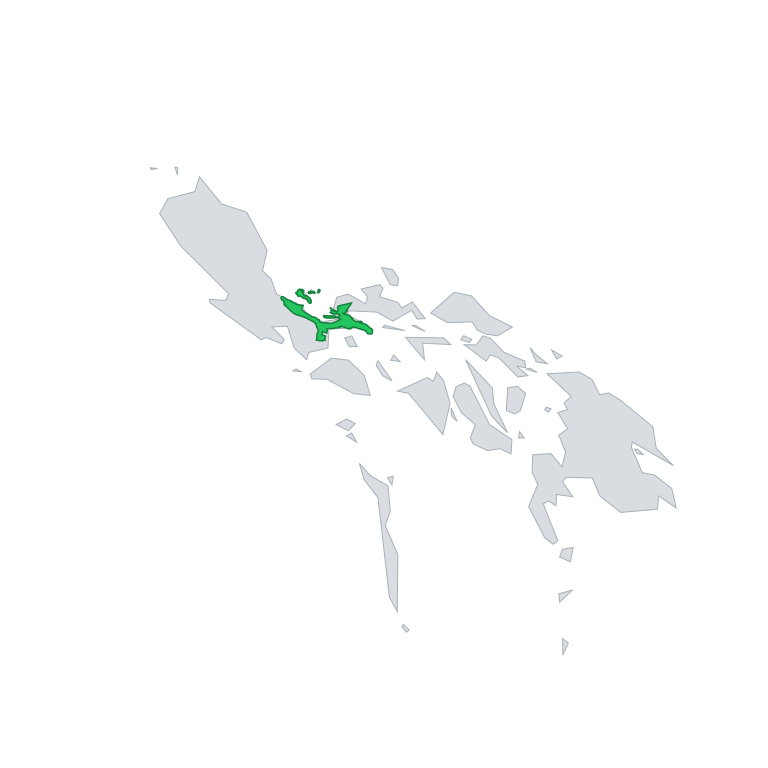 location of Quezon within Philippines, rotated 315°
{"feature_id": "PHL-2572", "entity_name": "Quezon", "entity_type": "Province", "adm_level": 1, "iso_a3": "PHL", "parent_name": "Philippines", "parent_adm1": "", "projection": "equal_earth", "projection_center": [122.011, 14.191], "detail": "fine", "context": "in_parent", "style": "filled", "palette": "green", "viewbox_px": 768, "rotation_deg": 315, "n_neighbors": 0, "source": "natural_earth", "source_scale": "10m", "svg_char_len": 8761}
<svg xmlns="http://www.w3.org/2000/svg" viewBox="0 0 768 768"><g transform="rotate(315 384 384)"><path d="M362.2,100.2L386.4,114.2L400.1,107.0L396.4,141.8L408.4,165.5L395.8,206.9L378.1,218.0L378.5,229.6L371.5,244.8L381.4,270.8L379.2,277.7L383.7,295.9L398.4,306.5L398.0,296.8L412.0,289.3L422.2,295.1L427.7,314.4L434.1,310.6L434.9,300.6L451.2,310.6L450.9,315.7L442.5,319.1L451.4,335.8L450.3,342.8L462.1,346.1L459.4,366.9L453.4,361.5L455.7,351.4L434.7,345.8L429.8,328.1L411.0,307.5L406.8,308.4L413.4,330.2L411.2,339.1L403.8,324.6L384.1,306.1L369.8,318.9L353.2,308.5L346.5,312.0L345.9,295.1L356.6,274.8L344.9,264.4L345.0,282.0L340.1,283.3L333.9,268.3L328.4,265.7L318.4,203.8L320.4,200.6L331.1,212.9L338.0,210.2L337.8,143.0L345.8,104.9L362.2,100.2ZM506.5,492.1L530.6,513.6L534.3,528.1L528.9,544.0L536.4,549.0L539.6,561.6L543.8,604.4L530.9,622.1L530.9,646.4L518.6,600.5L514.1,603.7L503.9,629.4L510.9,639.4L513.6,661.3L502.9,678.3L499.0,657.2L488.9,665.9L460.6,642.2L457.5,615.7L464.8,597.7L446.8,578.8L441.1,579.3L437.7,597.2L427.9,584.1L419.4,591.7L417.7,583.1L411.9,581.3L396.1,617.7L390.2,616.9L388.9,606.5L399.5,573.1L421.7,563.7L426.3,551.2L439.1,539.2L452.8,551.3L451.2,568.5L464.4,560.4L471.3,543.8L482.1,545.5L486.7,527.2L495.7,531.8L498.0,524.7L507.6,525.3L506.5,492.1ZM435.2,513.7L424.4,523.3L420.2,511.6L410.1,504.4L404.7,489.2L407.0,483.0L419.8,477.4L418.5,458.8L424.0,441.7L433.0,436.9L441.4,440.1L443.3,446.4L429.9,487.3L435.2,513.7ZM498.4,368.7L508.2,383.6L506.9,410.2L515.1,434.5L498.4,430.2L491.8,421.5L487.9,411.8L490.4,402.6L472.2,385.4L467.2,366.8L498.4,368.7ZM388.6,398.6L419.1,410.1L421.0,417.0L429.7,412.8L428.5,423.9L416.9,444.5L389.9,461.4L394.8,408.0L388.6,398.6ZM273.1,514.5L232.5,554.2L237.0,538.7L299.4,460.0L302.2,437.8L310.5,422.7L309.5,438.8L314.8,458.9L298.3,478.5L284.7,485.0L273.1,514.5ZM338.7,324.8L365.1,328.5L375.7,341.9L376.2,363.8L366.2,382.4L355.8,369.4L346.9,340.2L336.6,329.4L338.7,324.8ZM476.6,421.4L488.3,420.1L491.6,427.2L491.2,446.2L499.7,467.5L495.6,472.8L490.4,464.9L491.7,479.8L483.6,473.8L483.7,446.4L479.6,438.4L472.4,440.1L468.5,412.8L476.6,421.4ZM436.9,505.8L437.4,482.7L458.9,424.5L457.8,463.4L447.8,475.5L436.9,505.8ZM477.4,490.8L461.8,499.2L455.6,498.0L451.7,489.4L468.8,474.1L476.8,480.1L477.4,490.8ZM432.2,366.2L458.8,393.6L459.0,403.2L440.1,382.5L429.7,395.5L432.2,366.2ZM469.0,319.7L463.1,324.1L458.6,318.3L464.6,299.9L471.0,309.1L469.0,319.7ZM402.2,633.3L390.0,641.6L385.8,630.5L393.3,627.1L402.2,633.3ZM321.6,378.8L332.9,382.4L335.7,391.6L325.7,391.8L321.6,378.8ZM388.6,323.7L395.2,327.2L391.6,338.6L385.8,333.1L388.6,323.7ZM359.4,656.0L371.8,663.0L354.0,662.4L359.4,656.0ZM513.8,485.1L507.3,476.0L512.9,461.6L512.3,470.3L513.8,485.1ZM396.2,363.1L391.9,387.5L388.9,377.4L391.5,365.5L396.2,363.1ZM330.3,690.3L331.1,697.6L318.8,702.1L330.3,690.3ZM392.5,258.9L392.1,269.8L389.2,274.3L386.2,257.5L392.5,258.9ZM414.6,448.2L409.2,462.3L409.2,454.2L414.6,448.2ZM326.5,395.8L323.5,405.9L320.7,394.2L326.5,395.8ZM477.7,414.7L473.6,415.0L469.5,407.0L474.4,406.1L477.7,414.7ZM411.3,370.3L411.3,379.4L405.4,371.9L411.3,370.3ZM529.8,490.2L523.8,488.5L526.5,478.6L529.8,490.2ZM425.8,342.7L436.5,361.0L423.0,343.0L425.8,342.7ZM325.4,455.8L318.3,460.9L320.3,452.7L325.4,455.8ZM446.3,513.5L445.0,521.3L441.0,517.3L446.3,513.5ZM447.8,365.0L450.2,375.9L444.9,362.2L447.8,365.0ZM227.8,575.9L224.2,575.4L225.0,568.4L227.8,567.6L227.8,575.9ZM484.6,519.6L479.9,520.0L479.5,515.8L482.2,515.1L484.6,519.6ZM517.4,617.1L514.0,612.2L515.0,607.1L517.3,609.6L517.4,617.1ZM332.5,311.3L334.5,317.4L329.0,310.4L332.5,311.3ZM498.5,476.1L500.4,484.3L495.3,474.3L498.5,476.1ZM391.0,85.3L385.7,90.2L389.6,82.9L391.0,85.3ZM397.2,301.2L390.0,296.5L390.1,293.3L397.2,301.2ZM371.7,65.9L376.2,71.5L371.1,67.8L371.7,65.9Z" fill="#d9dde1" stroke="#a8b0b8" stroke-width="1"/><path d="M373.2,250.0L374.0,250.5L374.4,251.1L374.6,251.9L375.3,256.4L375.5,256.9L375.9,257.3L377.0,259.6L377.2,260.3L377.3,261.5L377.7,262.7L378.2,263.8L378.8,264.8L378.6,264.9L378.3,265.2L378.1,265.4L379.4,267.5L379.7,267.9L379.9,268.3L382.0,270.4L382.4,271.0L382.4,271.5L381.8,271.7L380.6,271.8L379.9,271.9L379.2,272.3L378.7,272.9L378.5,273.5L378.5,275.5L378.6,276.3L379.8,281.6L379.9,283.2L380.3,284.9L380.6,285.6L381.0,286.3L382.4,288.1L382.7,288.8L382.7,289.4L382.6,291.0L382.7,291.3L383.3,292.1L383.5,292.5L383.4,293.2L383.3,293.8L383.0,294.4L382.6,294.7L382.6,295.0L383.0,295.5L384.2,297.8L386.4,299.9L388.7,303.0L389.3,303.6L394.3,306.1L399.0,307.5L399.1,306.3L398.7,305.5L397.5,303.9L398.1,303.6L401.1,304.7L401.3,304.0L401.2,303.3L401.3,303.0L401.7,302.9L401.7,302.7L401.0,302.4L399.7,300.4L399.2,299.9L398.3,299.5L397.5,298.5L397.0,297.2L396.8,296.0L397.1,296.3L397.2,296.5L397.2,296.9L397.4,296.9L397.5,295.9L397.8,295.2L399.0,294.4L399.5,294.7L399.6,294.0L399.6,292.9L399.7,292.3L400.1,292.4L400.2,293.3L400.1,294.4L399.9,295.0L400.2,295.5L400.3,296.0L400.3,296.6L400.4,297.2L400.3,297.3L400.4,297.5L400.6,297.8L400.8,297.8L400.9,297.6L401.0,297.4L401.1,297.2L401.2,297.7L401.3,298.2L401.3,299.3L401.6,299.1L401.6,299.8L402.3,299.9L403.2,299.5L403.8,298.9L404.7,297.8L405.2,297.2L405.8,296.8L406.5,296.6L407.2,296.7L418.3,303.7L416.3,304.3L411.7,305.0L409.9,306.2L409.8,306.3L409.7,306.1L409.3,305.5L409.2,305.2L408.4,306.3L406.5,306.1L405.7,305.8L405.1,305.1L405.0,305.7L405.3,306.4L405.7,307.0L406.1,307.2L406.3,307.5L407.9,310.6L408.2,311.4L408.2,311.9L408.0,312.5L408.0,313.5L408.3,315.1L407.6,314.9L407.4,315.7L407.6,317.7L407.8,318.8L408.3,319.8L409.5,321.3L411.9,323.2L412.4,323.9L412.2,324.6L411.5,324.1L410.1,322.7L410.3,323.4L411.1,325.2L412.6,327.4L413.0,328.2L413.3,329.1L413.6,330.9L413.7,332.5L413.7,334.4L413.8,334.9L413.9,335.2L414.1,335.5L414.2,335.8L414.2,336.7L414.2,337.2L414.2,337.6L413.7,337.9L413.4,338.0L413.3,338.3L412.9,338.8L412.2,339.4L411.4,339.8L410.8,340.0L410.2,339.5L408.1,337.1L408.1,336.2L408.5,334.6L408.5,333.9L407.9,331.4L404.7,325.7L404.6,325.4L404.5,324.8L404.4,324.5L403.8,323.7L403.6,323.3L402.7,322.8L402.4,322.2L401.9,321.4L399.9,321.5L400.0,320.8L399.4,320.6L398.2,320.5L397.8,320.1L397.7,319.7L397.6,319.0L397.4,318.6L397.1,318.1L395.3,314.4L394.5,313.1L393.4,312.0L393.2,312.9L392.7,312.7L392.1,312.1L391.7,311.8L391.1,311.8L390.9,311.7L389.8,310.3L389.3,309.9L388.9,309.8L388.6,309.7L388.2,309.6L387.5,308.8L387.2,308.4L386.8,308.2L385.7,307.8L385.3,307.1L384.9,306.3L384.4,305.7L384.1,305.6L382.9,305.1L382.4,304.7L382.1,305.4L381.6,305.8L381.5,306.4L381.2,306.7L379.6,307.2L379.5,307.4L377.6,303.5L374.9,305.3L376.6,308.8L376.0,309.4L375.7,309.5L374.9,309.6L374.4,309.9L373.4,311.4L373.3,311.2L372.9,310.8L372.5,310.6L372.0,310.6L371.5,310.4L369.8,308.5L369.0,307.9L368.8,307.5L368.6,306.9L368.3,306.3L367.5,305.7L367.2,305.1L369.8,303.3L372.2,301.1L372.9,300.7L374.3,300.5L375.1,300.1L375.6,299.3L376.0,298.4L376.6,296.5L377.1,295.4L377.6,294.6L378.1,293.7L378.3,292.3L378.2,290.9L377.9,289.5L375.7,282.5L374.9,280.4L373.9,278.5L373.7,278.1L370.8,272.3L370.2,270.3L369.9,268.3L369.8,264.0L369.6,259.2L369.4,257.7L369.6,257.8L369.8,257.9L370.1,257.9L370.3,257.9L370.3,256.7L370.8,255.6L371.5,254.6L371.9,253.5L371.8,253.1L371.6,252.0L371.4,252.2L371.2,252.2L371.3,251.8L371.4,251.7L371.6,251.6L371.8,250.8L372.0,250.2L372.4,250.0L373.0,250.0L373.2,250.0ZM391.6,258.7L392.4,258.7L393.0,259.2L393.3,259.9L393.2,260.8L392.4,259.7L392.1,259.4L391.6,259.6L391.3,260.0L391.2,260.5L391.3,260.8L391.6,260.5L391.8,261.6L391.8,262.1L391.5,262.4L390.5,263.3L390.4,263.5L390.5,265.2L390.5,265.7L390.7,266.3L391.3,266.2L391.7,266.9L391.9,268.0L392.3,270.8L392.2,271.4L391.5,273.6L390.9,274.3L390.1,274.8L389.4,275.1L388.7,274.7L388.4,273.7L388.5,272.5L388.7,271.4L389.3,271.3L389.2,269.5L388.8,267.5L388.1,266.6L387.6,266.4L387.4,265.8L387.5,264.3L387.4,263.8L386.7,262.4L386.4,262.0L385.9,261.8L385.6,261.8L385.4,261.5L385.7,258.6L385.9,257.6L386.3,257.1L387.3,257.9L387.9,258.1L388.2,257.3L388.5,256.9L389.0,256.8L390.4,257.1L390.9,257.5L391.2,257.2L391.6,257.4L391.8,257.9L391.6,258.7ZM394.9,298.8L396.3,300.2L397.1,301.0L397.5,302.0L397.2,303.1L396.6,303.1L395.9,302.5L394.7,301.2L392.5,299.3L391.2,297.7L390.8,297.5L390.3,297.0L389.6,296.0L389.1,294.9L388.9,294.1L389.0,293.6L389.3,293.2L389.6,293.1L390.0,293.2L390.2,293.4L390.4,293.6L390.6,294.1L394.9,298.8ZM399.1,268.1L399.6,268.5L399.9,269.4L399.8,270.4L399.4,270.8L399.4,270.6L396.8,268.1L395.9,267.9L395.4,267.7L395.2,267.3L395.1,266.8L394.9,266.3L394.9,266.0L395.4,266.3L395.5,266.1L395.9,265.7L396.0,266.3L396.2,266.5L396.6,266.5L397.0,266.3L398.1,266.3L397.9,266.5L397.7,266.9L397.7,267.3L397.9,267.8L398.2,268.1L398.5,268.2L399.1,268.1ZM404.9,271.3L405.2,271.5L405.2,272.2L404.5,273.0L403.7,273.2L403.1,273.3L401.9,273.1L401.8,272.5L402.6,271.8L403.4,271.5L403.9,271.1L404.5,271.0L404.9,271.3Z" fill="#22c55e" stroke="#15803d" stroke-width="1.5"/></g></svg>